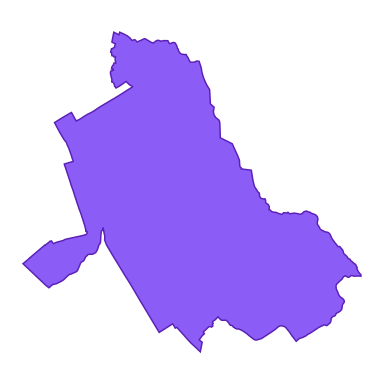 Greci, Tulcea, Romania (Mercator projection)
{"feature_id": "2599482B78570250363817", "entity_name": "Greci", "entity_type": "district", "adm_level": 2, "iso_a3": "ROU", "parent_name": "Romania", "parent_adm1": "Tulcea", "projection": "mercator", "projection_center": [28.252, 45.183], "detail": "fine", "context": "isolated", "style": "filled", "palette": "violet", "viewbox_px": 384, "rotation_deg": 0, "n_neighbors": 0, "source": "geoboundaries", "source_scale": "gbopen_adm2", "svg_char_len": 5855}
<svg xmlns="http://www.w3.org/2000/svg" viewBox="0 0 384 384"><path d="M49.0,287.8L51.7,285.3L52.4,285.0L52.9,284.3L53.9,284.3L56.5,283.7L62.5,280.6L63.8,279.6L68.3,275.3L69.8,274.3L71.0,274.1L75.1,272.3L76.2,271.8L77.0,271.1L77.8,269.9L80.6,263.1L81.5,262.1L83.5,260.9L84.0,260.3L85.0,258.4L84.9,258.1L85.8,256.7L86.4,256.3L88.0,254.6L88.9,254.3L92.1,254.3L93.6,253.8L95.8,252.5L97.3,249.9L97.9,248.4L98.8,245.4L99.0,244.8L100.0,243.7L100.2,243.1L100.5,242.1L101.0,234.0L101.3,231.7L101.5,231.1L102.0,230.6L102.5,230.2L102.8,228.2L103.1,228.0L104.8,236.5L104.6,240.0L106.5,244.9L111.9,254.1L124.6,274.9L130.5,284.3L139.5,299.6L159.2,332.4L171.5,324.6L172.6,323.8L173.2,324.6L175.2,328.1L175.8,328.0L176.9,327.3L177.1,327.4L177.8,328.5L179.0,329.8L190.5,342.6L200.3,351.8L202.2,342.2L199.2,339.9L202.0,336.0L204.4,333.7L203.2,332.2L208.8,326.8L209.9,326.6L210.7,326.7L211.5,327.1L212.8,326.0L212.6,325.8L212.7,325.6L212.5,325.0L212.6,324.3L213.1,323.7L213.2,323.3L212.4,322.1L213.0,321.3L215.3,319.7L218.1,316.8L219.6,318.7L221.1,320.0L221.6,320.2L223.6,320.3L224.3,320.3L225.3,320.1L226.3,320.4L226.8,320.8L228.9,323.1L229.2,323.9L230.2,325.1L230.8,325.4L231.8,325.3L232.9,326.4L233.4,327.1L234.5,327.5L235.0,328.2L237.0,329.0L238.4,328.9L240.9,329.9L242.9,331.0L246.5,333.4L249.0,335.6L253.0,338.7L253.9,339.4L255.5,340.0L256.7,340.0L261.6,338.5L271.7,331.9L274.8,329.7L278.8,326.4L281.0,325.7L282.3,325.9L284.6,326.7L285.5,327.2L289.6,332.2L291.9,335.7L296.2,341.3L298.9,338.9L299.7,338.4L302.8,337.4L305.5,336.1L308.4,334.0L309.6,333.5L315.0,330.0L318.5,327.6L321.7,326.0L324.6,324.8L324.9,324.8L326.4,325.6L327.0,325.5L330.2,322.8L330.8,321.5L331.1,319.4L331.3,318.6L331.6,317.9L332.3,317.0L333.5,316.3L334.8,315.9L335.5,315.1L335.9,314.0L336.8,313.0L338.4,312.3L340.2,311.1L341.2,310.0L341.6,309.5L342.0,308.2L342.3,305.5L342.6,304.6L343.1,303.8L344.1,302.5L344.3,301.8L344.3,301.2L343.9,300.1L343.6,299.5L342.4,298.4L340.9,297.4L339.8,296.3L339.2,295.5L338.5,294.2L337.7,291.9L336.5,289.6L336.3,288.8L336.0,286.3L336.2,285.0L336.6,284.3L337.3,283.5L340.1,280.8L341.7,279.5L342.1,279.0L342.9,277.6L343.8,276.6L345.1,275.9L345.5,275.8L347.5,277.1L348.7,277.2L349.3,277.0L350.9,275.7L352.3,275.6L354.0,276.2L357.3,276.0L359.8,276.1L360.5,276.0L360.9,276.2L361.0,275.3L360.7,274.5L360.5,274.1L359.6,273.5L359.4,273.0L358.7,272.4L358.3,271.4L357.0,269.0L357.0,268.7L357.1,267.2L356.4,266.5L355.8,264.7L354.9,263.9L354.1,263.6L353.2,262.6L352.4,262.0L352.1,261.6L350.5,260.4L350.1,259.4L348.1,258.3L346.9,256.5L346.2,255.7L344.9,254.6L344.1,254.0L343.6,253.1L342.9,250.5L342.5,249.8L339.8,246.6L339.4,246.5L338.1,246.7L335.3,243.1L334.4,242.0L331.8,238.3L331.1,236.5L330.1,234.4L329.3,233.4L328.5,232.7L327.7,232.3L324.8,231.7L323.2,230.8L322.0,230.3L320.3,229.3L319.3,227.1L318.0,225.3L317.4,224.2L317.3,223.5L317.4,221.6L317.5,220.7L318.0,219.6L317.6,217.5L317.3,216.6L315.7,214.9L313.1,213.8L311.3,213.3L310.4,212.4L308.8,211.9L307.9,211.8L306.7,211.1L306.2,211.1L304.6,211.5L303.1,212.3L302.5,213.3L302.1,213.6L301.6,213.7L300.6,214.2L299.1,214.1L298.0,213.7L294.3,213.1L289.5,213.8L288.4,212.6L287.8,212.3L287.0,213.0L283.6,212.7L282.3,214.1L281.7,214.4L279.7,213.7L278.2,213.4L277.1,212.8L275.3,212.2L274.3,212.4L271.7,211.6L271.1,211.1L270.4,210.1L269.4,210.0L269.2,209.8L269.0,209.4L269.2,208.3L269.2,207.6L269.3,206.9L269.2,206.2L268.2,204.5L266.6,203.5L265.7,202.7L265.6,200.1L265.0,198.9L264.6,198.8L264.2,199.0L262.2,198.7L260.8,198.1L259.4,196.0L259.6,194.8L259.3,193.1L257.9,191.9L257.0,190.3L254.6,186.8L253.0,180.7L251.3,170.2L241.2,168.9L241.5,168.2L240.3,167.0L239.9,166.5L239.8,166.0L239.4,160.1L237.7,155.8L232.2,143.7L220.3,137.8L219.9,124.8L219.6,121.7L219.0,120.2L215.7,117.5L214.0,114.7L213.4,111.8L214.1,107.2L210.4,103.9L209.6,89.6L206.6,84.7L203.8,78.5L202.1,73.0L201.1,67.4L199.1,61.3L196.6,61.0L195.3,61.8L193.7,62.2L190.4,62.2L188.9,59.8L188.2,58.0L186.6,55.6L186.1,54.5L185.6,54.4L184.9,54.7L183.8,54.4L182.2,54.3L181.0,53.8L179.9,53.0L179.6,52.3L178.9,51.6L178.6,51.1L178.3,49.3L177.7,48.6L177.2,47.8L176.9,46.0L176.1,44.6L175.5,43.4L175.2,43.0L174.3,42.6L173.3,42.5L172.6,42.6L169.9,43.7L169.0,42.9L167.9,40.7L163.5,40.6L161.1,41.3L160.2,40.8L158.2,40.3L157.3,40.4L156.4,40.7L155.1,41.6L153.7,42.8L152.7,42.9L151.5,42.5L145.4,38.9L144.8,38.7L143.3,39.1L140.8,40.4L137.6,41.7L136.8,41.8L135.5,40.1L134.9,39.8L133.8,39.8L132.7,40.4L132.2,40.4L131.6,39.9L129.6,37.6L127.0,35.7L124.0,34.1L119.7,32.2L118.9,34.8L113.8,32.2L111.9,42.0L112.2,42.4L115.2,43.6L114.7,46.4L114.7,47.0L114.3,47.3L113.4,48.0L113.1,48.4L112.5,48.4L112.3,48.8L112.0,48.9L111.5,48.8L111.0,50.6L110.7,52.3L111.6,52.5L111.6,53.6L111.7,54.1L111.9,55.7L114.1,56.2L114.0,56.9L115.6,57.0L115.2,58.4L115.1,59.5L115.7,63.1L114.0,63.1L113.4,64.7L111.9,66.9L111.5,69.0L113.1,69.0L113.5,70.1L110.7,71.2L110.4,73.4L111.9,79.5L111.9,79.9L111.7,81.8L112.0,82.1L112.8,82.1L113.5,82.9L114.3,84.3L114.4,84.7L114.4,85.5L114.5,86.0L116.0,88.0L119.6,86.0L126.1,81.5L129.4,84.7L132.5,86.5L131.8,87.3L118.5,95.8L100.5,106.5L95.4,109.9L94.8,110.4L91.1,112.6L88.0,114.0L86.0,115.3L84.3,116.2L81.6,118.1L79.4,119.4L76.2,121.0L71.5,112.5L69.5,113.5L62.0,117.9L54.5,122.6L59.8,132.5L63.7,139.0L65.1,141.0L65.7,141.5L66.7,143.3L67.1,144.7L68.3,147.1L69.3,149.7L71.3,155.3L72.3,158.7L73.3,161.0L73.2,161.4L64.3,164.0L64.7,165.6L65.2,166.8L68.4,176.5L69.8,180.7L71.2,185.3L73.0,190.2L74.8,196.0L79.3,209.5L80.8,213.3L82.3,218.0L82.7,218.9L83.0,220.1L83.8,222.8L84.0,223.2L85.3,227.5L85.3,228.2L86.0,230.4L85.7,230.7L85.7,231.1L86.2,231.6L87.3,231.9L87.0,232.6L87.0,233.1L86.9,233.5L86.4,234.3L83.4,235.4L65.9,239.2L64.2,239.8L63.5,240.4L56.1,242.4L53.6,243.6L52.4,242.5L51.8,241.3L51.3,240.9L50.6,241.3L50.1,241.2L49.8,241.3L49.6,241.7L45.3,245.1L45.0,244.9L30.2,257.5L30.3,257.5L28.4,259.2L23.0,263.7L46.1,285.6L49.0,287.8Z" fill="#8b5cf6" stroke="#5b21b6" stroke-width="1.5"/></svg>